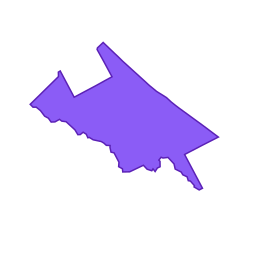 the district of Volusia, Florida, United States of America, rotated 333°
{"feature_id": "52423323B44461654915973", "entity_name": "Volusia", "entity_type": "district", "adm_level": 2, "iso_a3": "USA", "parent_name": "United States of America", "parent_adm1": "Florida", "projection": "equal_earth", "projection_center": [-81.228, 29.02], "detail": "fine", "context": "isolated", "style": "filled", "palette": "violet", "viewbox_px": 256, "rotation_deg": 333, "n_neighbors": 0, "source": "geoboundaries", "source_scale": "gbopen_adm2", "svg_char_len": 1115}
<svg xmlns="http://www.w3.org/2000/svg" viewBox="0 0 256 256"><g transform="rotate(333 128 128)"><path d="M163.3,215.5L167.0,215.5L166.4,177.3L186.5,177.1L204.4,177.1L195.5,159.0L182.6,133.6L180.8,129.9L178.3,124.4L176.1,118.4L170.1,108.4L167.2,101.7L166.6,100.4L165.7,98.1L164.2,94.0L153.6,66.1L151.7,60.4L149.8,55.1L144.7,40.5L137.2,42.7L136.1,44.0L136.6,57.8L137.0,75.1L129.6,75.3L118.0,75.7L94.0,76.1L93.5,46.4L91.3,46.6L89.4,50.6L51.6,62.5L52.8,66.3L55.7,67.8L57.9,72.8L59.1,79.6L61.5,83.1L62.2,87.8L65.7,89.4L70.9,89.2L72.1,91.8L75.7,94.3L79.9,105.6L80.3,111.2L82.5,112.2L86.1,111.4L88.0,114.6L87.8,118.5L89.2,118.8L91.6,122.7L98.0,127.9L99.6,130.4L100.8,133.6L104.1,135.5L103.1,137.2L101.9,141.8L104.3,143.8L104.4,154.4L102.1,158.2L104.5,161.8L103.4,164.8L109.6,167.8L117.2,168.0L124.8,168.2L126.3,173.4L129.8,176.9L131.7,175.8L132.4,179.1L136.0,177.0L139.0,177.1L141.4,172.2L140.9,170.6L144.2,169.1L145.5,170.6L150.3,172.4L152.7,180.9L151.4,186.0L155.4,191.4L155.6,194.6L158.5,198.3L157.8,202.3L159.5,203.6L161.0,209.5L160.1,210.5L163.3,215.5Z" fill="#8b5cf6" stroke="#5b21b6" stroke-width="1.5"/></g></svg>